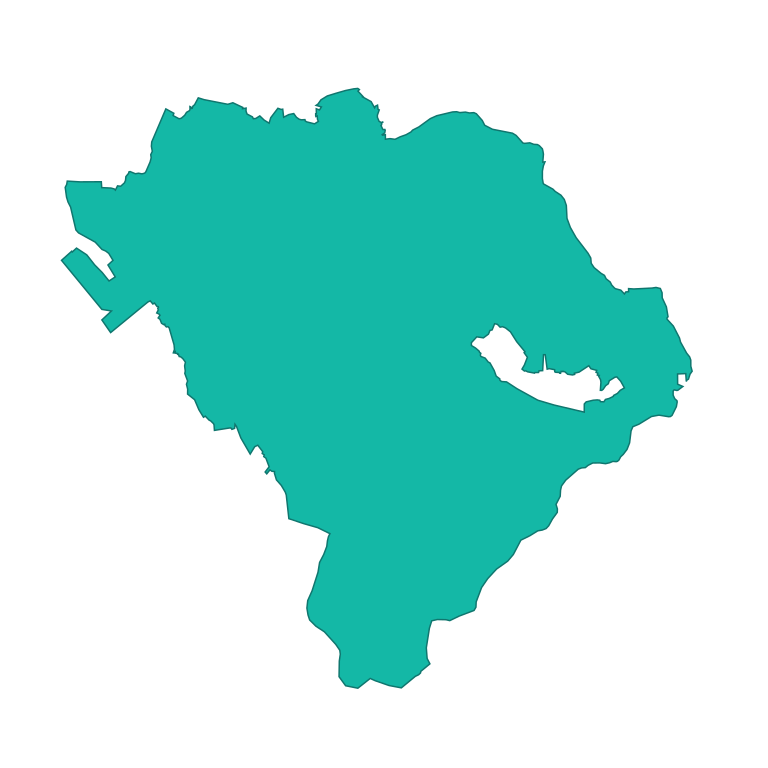 Tusnad, Harghita, Romania, rotated 264°
{"feature_id": "2599482B98397413805718", "entity_name": "Tusnad", "entity_type": "district", "adm_level": 2, "iso_a3": "ROU", "parent_name": "Romania", "parent_adm1": "Harghita", "projection": "equal_earth", "projection_center": [25.878, 46.177], "detail": "fine", "context": "isolated", "style": "filled", "palette": "teal", "viewbox_px": 768, "rotation_deg": 264, "n_neighbors": 0, "source": "geoboundaries", "source_scale": "gbopen_adm2", "svg_char_len": 6148}
<svg xmlns="http://www.w3.org/2000/svg" viewBox="0 0 768 768"><g transform="rotate(264 384 384)"><path d="M450.1,668.8L451.6,664.6L451.4,660.7L452.4,642.3L453.3,637.2L450.2,636.9L450.3,634.1L448.4,632.5L452.6,629.3L454.6,624.1L455.4,623.2L458.6,620.8L461.8,619.6L465.4,615.9L469.0,614.6L471.4,611.4L477.8,605.1L482.4,602.7L487.7,602.8L492.7,600.6L509.4,590.4L520.2,585.7L529.6,583.3L542.5,584.0L548.7,582.6L553.3,579.7L557.6,574.4L560.1,572.4L566.2,563.7L567.0,563.3L571.8,563.0L579.2,563.8L584.3,565.3L588.1,567.3L588.1,565.1L595.9,566.6L599.1,566.4L601.3,566.1L604.8,563.4L606.1,561.6L606.7,558.0L608.6,554.3L608.6,549.1L609.1,547.4L617.4,541.4L620.0,538.0L626.0,518.5L630.8,511.2L635.8,509.3L643.1,504.1L644.5,501.7L644.6,497.4L645.9,493.4L646.0,487.8L647.2,484.7L647.4,480.6L645.3,464.5L643.1,457.8L636.0,445.5L633.5,439.0L631.8,437.1L629.6,432.0L628.1,425.8L626.2,420.6L627.4,415.6L627.3,411.0L631.8,411.4L631.6,408.5L632.1,408.2L633.7,411.0L636.1,411.7L637.0,411.5L637.2,409.5L641.4,408.0L642.1,408.8L643.4,408.7L644.9,410.7L644.3,408.7L645.7,406.6L649.9,405.3L652.0,405.5L657.1,407.9L657.8,406.8L662.0,406.7L661.2,404.5L659.7,403.5L666.2,400.7L671.7,392.8L671.9,393.3L678.0,388.7L679.4,390.3L680.7,388.8L680.7,384.7L679.9,376.4L678.1,366.3L676.4,357.7L673.2,351.0L669.3,347.6L668.2,345.6L666.1,350.7L663.3,348.5L664.8,345.4L659.8,345.0L659.9,344.3L658.1,344.1L657.1,344.2L657.5,345.6L654.2,345.5L652.0,346.2L650.0,342.1L652.8,334.5L653.8,333.2L655.2,333.0L655.4,329.3L656.2,327.3L658.4,324.8L662.4,322.5L661.9,317.5L659.8,312.1L667.9,312.0L667.8,310.4L669.3,307.3L660.7,299.2L655.4,297.0L658.9,292.5L663.6,288.5L661.5,284.3L661.5,281.8L663.4,281.1L666.8,276.0L669.9,275.3L672.8,275.7L672.6,272.1L673.8,272.5L679.5,263.1L678.5,257.9L685.6,234.8L688.0,229.2L681.5,224.8L680.3,223.0L678.2,222.1L678.2,221.4L679.7,220.9L680.2,220.0L677.4,219.8L676.2,219.1L674.8,216.0L672.1,213.9L669.5,210.2L669.2,207.9L673.0,202.3L675.2,203.3L680.4,195.8L649.0,178.3L644.8,177.5L639.6,177.9L636.5,176.0L633.3,176.1L629.3,174.6L619.9,169.3L618.7,168.0L618.3,165.2L619.3,161.9L619.1,158.7L621.8,153.7L621.7,152.6L620.2,152.0L617.3,149.0L613.5,148.2L611.2,146.9L608.2,142.8L608.9,139.7L604.9,137.1L606.2,136.1L607.4,133.0L608.8,123.8L614.7,124.0L616.8,102.8L618.9,90.2L615.6,89.3L612.9,87.5L603.1,87.8L597.9,88.8L592.7,90.8L569.4,93.7L566.2,96.0L555.3,111.6L547.3,117.6L545.4,121.0L542.7,123.9L535.3,127.4L531.2,121.9L518.6,127.9L515.2,121.3L524.2,115.5L532.7,108.7L543.5,101.9L551.3,92.4L547.9,87.8L548.7,87.3L548.4,86.9L540.7,76.2L487.7,111.2L485.1,120.6L477.2,110.1L463.7,117.5L490.2,157.7L491.1,160.2L487.7,162.5L488.5,164.2L484.8,166.4L484.5,167.6L483.8,167.7L482.8,166.9L481.3,167.3L478.4,165.4L477.1,167.5L475.8,168.4L473.3,166.3L471.7,168.0L467.7,169.1L466.1,171.1L466.4,172.2L465.1,172.3L463.5,173.5L463.6,175.2L462.3,176.2L444.9,179.3L440.3,179.2L437.0,177.7L436.8,178.4L437.9,179.8L436.5,179.7L436.0,181.6L435.1,181.8L435.2,182.6L432.7,183.2L432.4,184.5L430.4,186.5L426.5,188.8L422.9,187.6L417.7,187.7L415.3,187.0L407.5,189.0L404.4,187.5L399.4,188.2L394.5,187.6L388.2,194.0L377.8,197.2L369.8,201.0L370.7,202.9L366.2,206.4L365.6,207.6L362.5,210.2L361.3,210.7L355.6,210.5L356.4,225.7L356.3,227.1L354.8,228.0L355.5,230.8L359.5,231.6L357.1,232.9L345.3,236.0L328.3,243.6L335.2,248.9L336.3,252.1L329.4,256.3L327.6,255.6L326.1,257.5L324.4,256.8L322.6,258.8L313.7,261.1L308.9,256.6L306.9,258.0L310.5,261.6L308.9,263.4L308.4,266.0L306.7,265.7L299.9,267.0L293.8,271.3L286.8,274.5L283.8,275.2L260.0,275.3L253.5,289.6L248.0,303.2L240.8,314.6L238.0,312.8L234.1,311.4L228.4,310.1L220.7,306.2L213.3,301.3L203.7,298.7L185.9,290.9L176.6,285.5L169.2,283.9L162.2,284.3L157.1,285.4L150.2,291.0L143.8,298.8L130.1,308.8L123.8,312.2L119.9,312.3L113.2,310.6L97.6,308.7L87.9,314.3L84.2,326.2L92.6,339.5L89.8,344.3L83.6,357.5L80.0,369.5L90.0,384.6L91.2,388.0L92.8,390.1L94.4,390.6L100.9,400.4L106.5,398.2L117.2,398.5L136.3,403.6L143.5,406.7L144.2,412.4L143.1,421.0L141.8,424.7L145.3,434.4L149.4,449.9L152.4,452.1L157.7,452.9L171.4,459.8L179.6,466.8L188.2,476.6L194.9,488.5L200.9,494.8L214.4,503.8L217.9,513.3L221.9,521.6L222.2,526.1L223.3,530.1L225.8,533.0L232.1,537.4L238.2,542.9L241.6,543.4L246.3,542.5L253.9,547.5L260.0,548.5L264.1,549.9L269.4,554.7L279.0,568.3L279.9,571.8L279.8,575.5L281.8,578.5L283.6,583.3L283.0,590.2L281.6,596.0L282.1,600.2L283.1,603.5L282.5,606.8L282.7,608.1L283.8,609.7L286.9,611.8L289.0,614.6L293.6,618.9L299.8,622.1L311.5,624.8L315.5,627.0L317.4,633.4L323.7,646.6L324.3,654.2L321.7,663.7L321.7,665.5L322.7,667.2L330.9,672.4L335.5,673.7L336.8,673.6L339.0,671.6L342.7,670.4L346.7,670.8L347.9,672.0L347.0,674.3L347.0,675.5L350.3,681.0L353.1,676.0L363.3,677.0L362.8,685.2L354.9,684.9L356.2,685.6L357.0,687.3L361.8,689.4L364.5,691.8L369.6,691.0L375.7,691.6L379.0,690.8L383.1,688.2L394.7,683.3L398.8,682.7L411.4,677.8L418.8,672.3L420.0,672.3L421.2,673.5L431.2,672.9L440.6,669.7L445.7,670.1L450.1,668.8ZM413.1,475.0L415.9,475.2L421.2,481.2L419.5,487.7L422.7,493.1L426.2,495.0L426.5,497.2L432.4,500.3L431.5,503.0L428.4,505.4L428.6,507.9L427.1,510.7L422.7,515.2L412.2,520.4L401.3,527.6L400.5,526.6L395.6,529.4L388.2,525.6L384.4,522.8L382.2,525.0L382.3,526.3L381.1,528.1L379.1,534.8L379.6,535.1L379.3,538.9L380.9,539.6L380.7,543.2L396.5,545.7L396.3,547.4L381.7,547.8L382.0,549.9L380.4,555.2L378.3,555.1L377.7,556.0L377.1,559.7L376.4,559.8L376.2,560.7L378.1,561.5L377.6,563.2L378.0,563.4L377.1,565.3L374.5,567.7L373.3,572.4L373.6,574.6L374.8,574.4L375.4,579.2L380.8,589.6L377.5,591.4L375.3,597.0L373.4,596.1L372.4,597.8L370.6,597.1L370.0,598.9L369.2,598.3L365.6,599.8L363.0,599.9L355.1,598.5L354.9,599.9L355.8,601.4L359.2,604.3L360.8,607.1L363.7,608.4L366.6,614.4L366.7,616.3L362.0,619.7L355.0,622.7L353.1,618.4L350.2,615.1L348.6,611.1L347.7,610.8L346.1,606.4L345.5,602.6L343.3,600.8L343.8,597.4L345.3,596.9L345.9,594.4L346.0,590.3L345.1,583.2L343.2,581.1L335.1,580.2L345.3,551.0L351.8,535.3L365.4,515.8L373.3,506.1L374.2,501.1L375.8,499.6L377.0,499.7L380.1,496.4L385.9,495.0L393.9,491.6L395.0,489.9L399.2,487.3L401.3,483.2L402.7,482.8L404.4,483.5L405.5,482.3L406.7,482.1L410.2,478.8L413.1,475.0Z" fill="#14b8a6" stroke="#0f766e" stroke-width="1.5"/></g></svg>